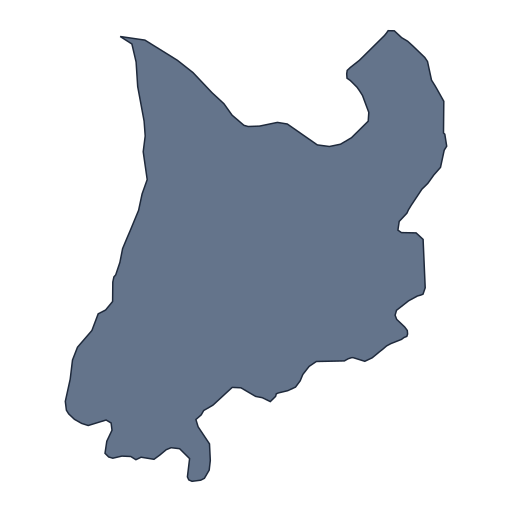 Palín, Escuintla, Guatemala
{"feature_id": "79465075B28219742708023", "entity_name": "Palín", "entity_type": "district", "adm_level": 2, "iso_a3": "GTM", "parent_name": "Guatemala", "parent_adm1": "Escuintla", "projection": "mercator", "projection_center": [-90.699, 14.394], "detail": "fine", "context": "isolated", "style": "filled", "palette": "slate", "viewbox_px": 512, "rotation_deg": 0, "n_neighbors": 0, "source": "geoboundaries", "source_scale": "gbopen_adm2", "svg_char_len": 1962}
<svg xmlns="http://www.w3.org/2000/svg" viewBox="0 0 512 512"><path d="M394.3,30.8L388.1,30.7L386.6,32.9L384.4,35.6L359.4,60.3L350.4,67.4L347.2,70.4L346.7,73.8L347.0,78.2L350.3,80.5L357.0,87.2L359.6,90.9L362.5,95.5L368.8,112.4L368.2,121.2L351.5,137.7L340.5,144.2L329.4,146.5L317.3,144.9L287.3,124.0L277.4,122.4L259.5,126.1L248.1,126.5L243.9,125.3L232.1,115.2L223.9,103.7L212.1,92.8L210.3,90.9L193.0,72.6L177.4,60.3L144.9,40.1L120.2,36.5L131.9,44.0L136.1,62.0L137.7,86.6L144.1,121.1L145.2,136.0L143.2,151.7L147.2,179.6L143.1,191.1L142.1,193.9L138.6,210.3L130.0,231.1L127.2,237.6L122.6,248.6L119.9,262.4L115.7,274.9L113.9,276.9L112.8,282.1L112.6,301.5L105.6,310.0L98.2,313.8L91.9,330.5L77.5,347.2L72.5,360.0L70.2,379.2L65.3,401.4L66.4,410.2L68.7,413.9L74.4,419.3L81.6,423.4L88.2,425.5L106.1,420.0L111.1,423.0L112.0,430.2L106.8,441.2L105.0,453.3L108.7,457.0L112.8,458.2L121.9,456.1L130.8,456.5L135.9,459.7L141.1,457.2L154.0,459.3L160.0,454.9L166.2,449.7L171.1,447.7L179.6,448.7L189.6,458.6L187.4,476.9L188.8,479.9L192.0,481.3L200.7,480.2L204.4,478.3L209.2,470.1L210.3,460.5L209.5,443.9L198.1,426.8L195.9,419.5L201.2,414.9L203.7,410.5L213.0,405.1L232.2,387.4L240.9,387.8L255.6,396.4L262.3,397.7L270.3,401.6L275.6,396.4L276.3,393.8L278.5,392.9L287.7,390.7L295.5,387.1L300.2,380.8L302.8,374.5L309.1,366.4L316.3,361.5L344.4,360.9L348.1,358.8L351.4,357.7L353.0,357.6L364.8,361.3L372.2,357.8L379.7,351.6L382.9,349.1L386.6,345.9L390.9,343.6L401.5,339.4L404.0,337.5L406.8,336.4L407.6,334.0L407.3,330.5L404.7,327.0L396.7,319.4L395.1,315.2L396.5,310.3L408.6,300.8L417.4,296.0L420.7,295.1L423.0,294.2L425.2,287.8L423.1,239.4L416.1,232.9L401.4,232.6L397.9,230.1L399.2,221.4L406.9,213.2L408.4,209.9L411.2,205.3L421.9,189.2L427.8,183.4L433.8,175.0L440.5,167.4L444.2,150.2L446.7,146.2L444.8,134.2L443.5,133.0L443.8,101.3L436.8,88.8L435.0,85.7L431.5,80.1L427.5,61.5L424.8,57.5L413.1,46.2L407.6,41.2L401.7,37.7L394.3,30.8Z" fill="#64748b" stroke="#1e293b" stroke-width="1.5"/></svg>